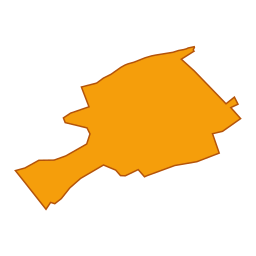 Bland, Virginia, United States of America (Albers equal-area conic projection)
{"feature_id": "52423323B69733350271786", "entity_name": "Bland", "entity_type": "district", "adm_level": 2, "iso_a3": "USA", "parent_name": "United States of America", "parent_adm1": "Virginia", "projection": "albers", "projection_center": [-81.149, 37.127], "detail": "fine", "context": "isolated", "style": "filled", "palette": "amber", "viewbox_px": 256, "rotation_deg": 0, "n_neighbors": 0, "source": "geoboundaries", "source_scale": "gbopen_adm2", "svg_char_len": 806}
<svg xmlns="http://www.w3.org/2000/svg" viewBox="0 0 256 256"><path d="M46.0,209.3L50.6,202.4L54.8,203.7L61.3,198.6L69.8,187.9L80.6,178.4L103.5,165.0L115.7,170.1L120.5,175.6L125.3,175.8L138.2,169.6L144.5,176.8L147.2,175.6L174.8,165.5L196.9,161.7L219.2,153.1L212.5,133.7L222.6,131.3L240.6,118.6L230.8,107.6L238.0,104.2L234.4,97.1L226.0,103.8L194.3,71.0L181.3,59.2L194.0,51.2L193.6,50.8L193.3,49.6L194.4,47.5L194.2,46.7L188.1,48.0L186.5,48.8L183.6,49.6L178.6,50.5L172.9,52.3L155.6,55.1L151.6,55.9L145.1,57.8L134.0,62.2L127.9,63.9L124.9,65.1L120.8,67.4L111.0,74.3L103.4,78.1L96.6,83.1L81.4,87.0L89.0,106.8L70.6,113.1L63.4,117.9L65.2,122.6L87.0,127.9L90.0,133.9L86.7,144.0L65.8,155.9L54.1,160.1L38.8,160.3L24.9,168.0L15.4,170.6L24.8,182.4L46.0,209.3Z" fill="#f59e0b" stroke="#b45309" stroke-width="1.5"/></svg>